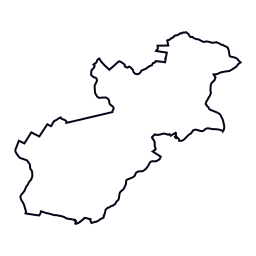 Hidiselu De Sus, Bihor, Romania
{"feature_id": "2599482B72437023812586", "entity_name": "Hidiselu De Sus", "entity_type": "district", "adm_level": 2, "iso_a3": "ROU", "parent_name": "Romania", "parent_adm1": "Bihor", "projection": "equal_earth", "projection_center": [22.026, 46.921], "detail": "fine", "context": "isolated", "style": "outline", "palette": "ink", "viewbox_px": 256, "rotation_deg": 0, "n_neighbors": 0, "source": "geoboundaries", "source_scale": "gbopen_adm2", "svg_char_len": 5742}
<svg xmlns="http://www.w3.org/2000/svg" viewBox="0 0 256 256"><path d="M222.9,131.1L223.1,130.7L223.7,130.0L224.2,127.8L224.2,126.0L224.0,124.6L223.7,123.8L223.1,120.7L222.4,118.9L220.4,114.9L219.5,113.9L217.3,112.6L209.7,109.5L209.2,108.9L208.4,107.3L207.5,106.5L206.6,105.5L206.6,105.1L205.6,104.0L206.3,101.7L207.8,99.3L208.6,97.5L209.5,96.5L210.5,94.3L210.8,93.1L210.8,92.0L210.4,90.5L210.5,89.4L210.6,86.8L210.7,85.8L211.0,84.6L211.1,83.9L211.7,82.9L212.9,81.8L213.5,81.4L213.5,81.0L214.7,79.9L214.7,79.6L215.1,78.4L215.1,78.0L215.5,77.4L213.9,75.0L213.6,74.4L216.7,74.2L220.5,72.5L221.1,72.3L222.5,72.1L224.0,71.7L229.4,71.0L232.5,69.2L236.4,66.6L238.2,64.1L240.6,62.4L238.8,60.8L238.0,59.7L236.6,58.4L235.5,57.8L232.8,57.0L230.5,56.6L230.0,56.3L229.7,55.9L229.2,53.5L228.7,50.1L227.6,47.6L227.2,47.1L224.8,46.1L223.0,45.0L222.3,44.9L221.8,44.6L220.9,44.5L219.0,43.3L218.7,43.1L217.3,42.7L216.7,42.2L213.4,42.7L212.8,42.7L212.2,42.8L211.8,42.8L211.2,42.4L209.5,42.1L209.2,41.8L208.4,41.8L207.8,41.6L207.3,41.6L206.9,41.5L205.7,41.5L203.8,42.0L203.5,41.9L201.3,40.9L199.2,39.7L197.8,39.2L196.1,39.1L195.1,38.6L194.2,38.3L193.1,37.6L192.7,37.2L192.1,36.8L190.4,37.1L188.8,34.8L188.2,33.7L187.0,33.1L186.0,32.2L185.7,32.4L184.6,32.6L183.9,32.5L182.7,32.6L182.0,33.1L182.0,33.3L181.5,33.5L180.4,33.2L178.0,34.9L175.8,35.5L175.7,35.4L175.1,35.6L174.4,36.0L173.7,36.5L173.4,37.3L172.2,37.9L171.8,37.9L171.4,38.1L171.4,38.3L170.8,38.8L170.1,39.3L169.5,39.5L169.4,39.6L169.4,39.8L167.3,40.3L167.2,40.4L168.3,45.5L157.5,45.7L157.9,48.2L157.6,49.1L157.2,49.7L156.4,50.3L156.0,51.0L166.8,52.6L166.2,56.0L165.3,58.7L165.7,59.0L165.0,62.3L162.2,61.8L155.7,61.1L154.8,62.5L153.7,63.0L152.9,63.1L151.9,65.3L150.0,65.9L148.3,66.9L147.5,67.4L146.9,68.1L145.5,68.9L142.1,70.3L141.8,70.5L140.9,71.4L140.6,72.2L139.0,73.8L137.5,74.2L136.3,74.1L134.8,73.5L133.6,72.1L133.2,71.1L132.8,69.8L130.5,67.3L129.0,66.6L127.8,67.4L127.0,67.6L126.3,67.3L124.9,66.5L124.7,66.1L124.9,65.7L124.7,64.6L123.9,64.0L123.4,63.7L122.9,63.3L122.3,63.0L121.3,62.1L120.2,61.6L119.0,61.3L118.2,62.0L117.8,62.2L112.7,66.9L110.2,68.9L109.4,69.8L106.6,67.1L104.6,65.4L101.1,61.5L99.3,58.5L98.3,59.0L97.4,60.1L97.0,60.8L96.5,62.2L96.2,62.6L95.3,63.3L94.1,64.0L93.5,64.7L94.5,65.3L94.5,66.6L93.4,68.4L91.6,70.1L91.3,71.4L91.1,74.8L93.0,76.8L94.1,77.3L95.6,77.8L96.1,78.2L96.5,78.7L96.9,79.6L97.0,80.3L96.9,80.9L94.8,85.4L94.6,86.0L94.6,86.8L95.1,92.7L95.6,94.0L97.0,96.3L98.2,97.4L99.0,97.8L100.2,97.8L103.6,97.5L105.4,97.5L106.0,97.6L107.3,98.3L108.3,99.1L108.6,99.6L109.1,100.6L109.2,101.2L109.3,102.6L109.7,103.9L110.4,104.7L112.7,106.5L113.4,107.4L113.5,108.1L113.6,108.7L113.4,109.3L112.5,111.0L112.4,112.1L66.3,122.9L66.2,121.0L64.7,120.0L63.0,119.3L61.8,119.0L60.6,117.4L58.5,118.5L57.0,119.6L54.1,121.1L54.1,121.4L53.0,122.5L52.0,124.8L51.0,126.2L47.3,124.3L39.3,136.5L31.3,132.4L24.4,143.4L18.9,140.8L15.4,149.7L15.4,151.3L15.6,151.8L16.8,154.1L19.6,157.6L20.5,158.1L26.4,160.1L27.2,160.6L27.7,161.3L28.1,162.1L29.5,163.8L29.9,165.4L30.1,166.6L30.0,167.4L30.4,168.8L31.8,170.8L32.2,172.9L32.3,175.1L32.3,176.6L31.1,179.6L29.1,181.9L27.8,184.6L26.1,186.9L24.6,190.6L23.5,192.2L21.7,194.2L20.9,195.5L20.5,196.5L20.4,197.1L21.0,199.3L21.9,201.0L23.3,203.1L24.4,205.9L24.7,207.2L26.0,211.4L25.5,213.4L36.1,215.1L39.3,215.4L41.0,212.2L40.9,211.3L41.0,211.3L46.4,213.1L48.2,213.4L53.9,215.0L54.1,215.1L56.9,215.2L59.3,215.8L59.9,215.8L62.0,216.3L64.3,217.1L66.4,218.4L74.7,219.8L74.5,220.1L74.6,220.6L75.9,220.9L75.3,223.6L75.9,223.8L76.1,223.6L77.2,223.4L77.3,223.2L77.8,223.3L78.3,223.0L78.4,222.7L79.0,222.6L79.2,222.4L79.8,222.2L80.1,221.7L80.6,221.5L81.3,220.7L81.9,220.4L82.2,219.9L82.9,219.7L83.2,219.4L83.4,218.8L83.8,218.8L84.1,218.3L84.4,218.2L84.5,218.0L84.7,217.9L86.0,218.0L87.0,218.4L88.0,218.5L89.1,219.0L90.5,219.1L90.5,220.0L90.3,220.4L90.3,220.6L90.5,220.9L90.9,221.8L91.3,222.4L91.6,223.0L93.5,222.4L94.5,221.9L96.2,221.8L99.3,220.1L99.9,219.5L100.9,218.9L103.6,217.6L103.7,217.4L103.8,216.1L103.8,215.5L104.1,215.3L104.3,215.0L104.4,214.7L104.3,214.3L104.7,213.8L104.9,213.2L105.4,210.8L105.5,210.2L105.7,209.6L106.4,209.0L107.1,208.3L107.8,207.8L109.5,207.3L110.6,206.4L112.3,205.7L113.1,205.5L115.3,203.9L116.2,202.0L116.9,201.1L117.7,200.5L118.6,199.4L119.0,197.7L119.0,196.9L119.4,195.1L119.5,193.6L120.1,192.3L121.2,191.1L123.1,189.6L124.4,187.8L124.6,186.9L125.1,186.1L126.0,183.8L126.1,183.1L126.0,182.2L126.1,181.0L126.4,180.3L126.7,180.0L127.2,179.6L132.4,177.5L134.3,176.3L134.8,175.5L135.8,173.2L136.4,172.5L136.7,172.2L138.6,171.4L139.3,171.3L142.4,171.2L143.8,170.5L145.6,169.1L147.1,167.4L147.8,166.3L148.6,164.9L149.0,164.1L150.3,162.0L150.7,161.7L152.8,161.2L155.4,161.4L157.1,160.8L159.4,159.3L159.8,158.9L160.8,156.7L152.7,151.5L153.6,151.0L154.1,150.5L154.3,150.1L154.7,149.9L155.0,150.0L155.3,149.8L155.6,149.2L155.6,148.6L155.5,148.1L154.7,146.2L154.9,145.8L154.7,145.3L154.6,144.4L154.8,142.8L154.6,142.4L154.0,140.4L153.7,140.2L153.3,139.4L152.7,138.9L152.6,138.6L152.4,138.4L152.4,137.8L152.3,137.7L152.0,137.2L152.7,136.4L153.6,135.6L154.6,134.4L155.2,134.4L155.8,134.8L157.5,134.9L159.4,134.7L163.1,133.7L164.7,133.7L166.5,134.1L168.2,134.8L169.5,134.1L170.7,135.7L175.6,132.8L176.1,133.4L175.8,134.1L175.8,134.3L175.8,135.3L176.3,136.1L174.9,136.9L175.5,137.8L176.0,138.2L176.3,138.0L176.6,138.1L177.2,137.6L177.7,137.9L178.3,138.4L178.7,138.8L178.9,139.2L179.2,140.8L181.1,140.8L182.1,140.6L183.0,140.2L183.6,139.8L185.7,137.9L188.6,134.9L191.1,133.3L192.6,131.1L193.1,130.4L194.5,129.8L195.4,129.7L196.9,129.8L200.5,131.0L202.2,131.1L203.0,130.9L204.2,130.2L204.9,129.4L206.0,128.7L207.7,128.3L210.3,128.6L212.1,129.1L215.9,129.2L219.6,129.7L221.6,130.5L222.8,130.8L222.9,131.1Z" fill="none" stroke="#020617" stroke-width="2"/></svg>